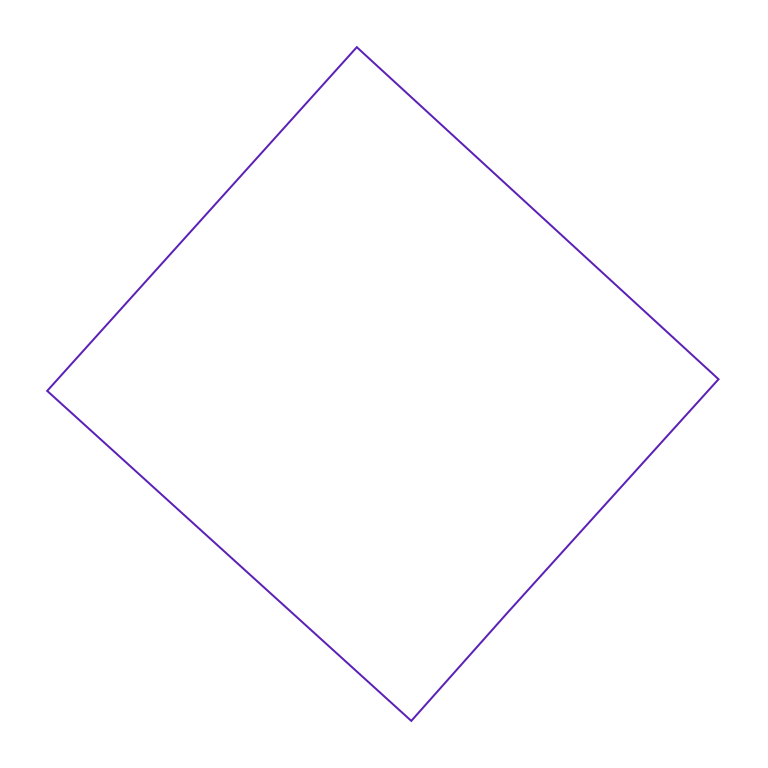 outline of Randall, Texas, United States of America, rotated 312°
{"feature_id": "52423323B97563616401050", "entity_name": "Randall", "entity_type": "district", "adm_level": 2, "iso_a3": "USA", "parent_name": "United States of America", "parent_adm1": "Texas", "projection": "equal_earth", "projection_center": [-101.931, 34.965], "detail": "fine", "context": "isolated", "style": "outline", "palette": "violet", "viewbox_px": 768, "rotation_deg": 312, "n_neighbors": 0, "source": "geoboundaries", "source_scale": "gbopen_adm2", "svg_char_len": 238}
<svg xmlns="http://www.w3.org/2000/svg" viewBox="0 0 768 768"><g transform="rotate(312 384 384)"><path d="M296.9,628.8L611.4,629.4L616.1,138.4L153.5,138.3L151.9,629.7L296.9,628.8Z" fill="none" stroke="#5b21b6" stroke-width="2"/></g></svg>